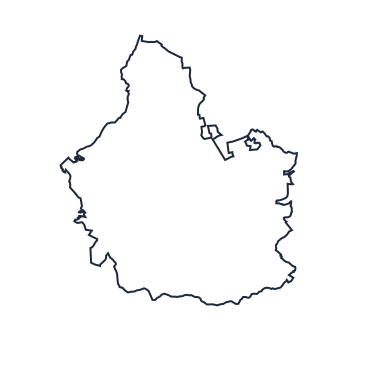 Sanpaul, Cluj, Romania, rotated 297°
{"feature_id": "2599482B48452266583717", "entity_name": "Sanpaul", "entity_type": "district", "adm_level": 2, "iso_a3": "ROU", "parent_name": "Romania", "parent_adm1": "Cluj", "projection": "mercator", "projection_center": [23.418, 46.899], "detail": "fine", "context": "isolated", "style": "outline", "palette": "slate", "viewbox_px": 384, "rotation_deg": 297, "n_neighbors": 0, "source": "geoboundaries", "source_scale": "gbopen_adm2", "svg_char_len": 5960}
<svg xmlns="http://www.w3.org/2000/svg" viewBox="0 0 384 384"><g transform="rotate(297 192 192)"><path d="M228.7,284.4L225.8,283.5L223.1,280.9L221.8,279.0L222.2,277.8L221.6,276.9L221.4,274.8L220.2,272.3L222.1,271.8L222.1,271.4L222.8,271.5L223.4,272.0L224.0,273.4L226.5,276.0L229.5,278.4L231.6,278.9L234.7,277.9L242.7,273.5L243.9,276.9L244.8,278.3L246.2,275.4L249.1,273.4L249.6,272.9L249.7,271.6L250.6,270.7L251.1,270.7L251.9,271.6L254.3,272.2L256.4,273.5L256.8,272.9L251.1,268.7L249.4,266.1L252.3,264.6L252.7,264.9L252.8,266.3L254.1,268.2L257.0,269.9L264.1,271.3L265.1,271.1L266.4,270.1L273.0,268.5L273.4,267.9L274.2,267.7L272.4,265.4L271.8,259.7L269.9,258.6L269.6,258.2L269.5,256.0L269.7,255.0L270.6,253.7L271.5,250.3L271.5,248.7L270.8,247.8L270.9,247.0L271.2,246.6L270.5,245.3L269.6,244.5L269.8,243.3L271.4,241.4L273.4,240.0L273.3,238.4L275.3,236.6L276.0,235.3L276.2,234.7L275.6,233.9L275.6,233.1L277.3,229.7L278.0,227.5L276.4,226.2L276.9,221.8L275.1,221.6L275.2,220.8L274.7,220.7L275.3,217.6L274.4,216.6L272.6,216.5L272.3,216.8L267.7,216.2L266.3,217.9L264.4,221.5L268.1,222.7L267.4,224.4L267.1,224.1L264.0,225.5L264.4,227.0L265.7,227.8L265.8,229.4L266.3,229.7L266.1,230.2L264.6,231.8L259.6,230.8L255.7,224.6L259.5,223.4L258.2,219.7L259.6,218.5L261.0,216.4L263.5,217.7L264.4,218.7L265.9,216.9L267.3,215.9L262.7,212.4L255.6,205.6L252.0,201.1L243.4,207.0L245.8,209.8L243.7,211.3L242.5,212.7L241.1,210.9L235.6,207.0L248.3,186.4L250.7,188.3L252.2,188.8L255.3,191.2L256.2,192.4L257.3,187.6L260.1,185.8L262.0,182.8L258.1,176.2L252.4,180.9L252.7,182.6L249.1,184.7L248.6,183.7L244.9,179.0L244.9,178.0L246.8,174.5L249.9,173.8L254.4,170.8L256.4,173.4L257.4,173.7L263.2,168.6L261.0,165.9L262.3,164.7L264.2,163.6L263.7,162.1L269.7,159.3L273.2,158.7L275.6,159.2L278.2,160.3L280.2,160.5L281.5,159.5L284.1,159.9L285.4,153.1L285.7,152.6L285.2,149.8L285.2,146.8L286.2,144.1L287.4,143.2L289.5,140.7L291.0,140.0L294.3,137.3L299.6,135.2L301.8,133.6L299.9,130.0L298.1,127.7L299.0,126.7L302.1,125.2L303.9,123.4L307.0,121.9L306.7,119.5L306.6,107.4L307.8,102.1L307.8,100.6L308.5,98.3L309.7,98.1L310.1,94.2L310.6,92.4L308.5,90.5L307.3,87.6L305.8,85.2L303.8,78.6L308.3,76.9L307.7,74.7L302.1,75.3L298.5,76.1L295.9,76.1L294.0,76.7L290.4,75.9L287.2,76.4L286.2,75.1L281.1,75.7L278.6,75.0L274.5,76.3L271.5,74.4L269.6,73.5L268.3,73.4L266.4,74.6L265.0,76.2L262.8,77.0L260.7,78.2L261.4,79.8L260.7,81.9L259.9,83.0L258.9,83.9L259.2,85.6L258.7,87.0L257.5,87.5L254.8,87.0L252.5,87.3L252.3,87.8L253.2,89.6L251.8,89.9L250.8,91.2L246.9,91.6L246.0,92.4L245.4,92.4L242.9,94.5L233.2,96.4L229.4,94.7L225.6,94.4L225.6,94.0L224.3,93.2L219.0,91.8L216.9,87.9L215.9,87.3L215.1,86.0L214.2,85.3L209.0,84.3L204.5,84.1L199.4,84.4L197.1,83.1L191.9,82.4L187.9,80.9L186.3,79.7L184.7,77.8L181.0,75.2L179.2,73.2L175.8,71.6L174.0,72.1L172.9,73.5L173.1,75.9L172.7,77.1L173.0,78.4L172.8,80.4L172.2,80.8L170.8,80.4L170.4,79.7L171.4,79.5L171.3,78.5L170.8,77.9L169.8,78.0L169.4,77.2L169.3,75.9L170.4,76.0L170.1,75.3L170.2,74.7L170.6,74.7L170.3,74.3L170.8,74.3L170.2,73.7L170.3,73.2L170.8,73.0L170.7,72.7L170.1,72.2L168.9,72.5L169.0,73.3L169.8,73.8L169.8,74.1L169.1,73.8L168.4,74.3L168.1,74.1L168.0,74.4L167.5,74.6L167.6,75.0L167.3,75.4L166.7,74.9L166.8,75.8L165.6,73.8L165.4,73.9L164.6,73.0L164.9,72.7L164.7,72.4L165.7,68.0L166.5,66.3L156.3,62.8L155.1,63.6L155.0,64.5L154.4,64.5L153.9,64.9L153.8,65.6L153.2,66.3L153.4,66.7L152.3,67.0L152.4,67.6L151.6,68.6L151.8,70.0L152.2,69.6L154.5,69.4L153.8,70.6L153.6,72.1L151.7,75.9L150.8,76.6L148.1,77.5L145.7,77.7L144.8,79.3L144.1,79.4L143.0,80.4L140.7,81.2L137.7,88.9L137.3,89.3L137.4,89.6L135.7,93.1L135.8,95.3L135.5,95.8L129.4,100.4L127.1,100.3L126.0,101.8L126.2,103.2L125.5,102.9L124.2,101.1L123.0,100.3L122.6,100.4L122.9,101.7L125.7,105.2L125.1,106.3L124.0,105.7L122.6,105.9L121.3,108.2L120.0,103.3L119.3,102.3L118.6,102.7L118.7,103.9L117.3,103.1L117.9,102.6L117.3,101.9L116.3,103.0L114.9,101.7L114.2,100.4L112.6,100.4L112.3,103.3L112.7,104.5L114.7,107.0L115.1,108.2L113.8,111.0L110.1,114.5L112.1,120.3L106.9,119.6L107.0,128.9L105.9,129.4L103.2,128.7L99.4,128.6L97.2,128.0L96.0,126.9L83.2,134.2L83.3,138.6L84.2,142.2L84.3,143.6L85.8,143.2L92.0,145.5L93.8,145.5L96.4,144.4L99.3,145.0L96.4,148.9L95.7,152.5L94.8,154.1L94.5,155.4L93.8,156.5L92.8,157.0L90.3,156.4L88.2,158.7L87.2,160.3L84.0,163.3L83.0,163.6L77.7,167.0L76.2,168.3L75.4,170.0L74.4,170.7L75.1,173.7L74.0,176.5L73.4,179.8L73.6,180.5L74.3,181.8L75.6,183.0L76.8,185.5L79.2,187.4L81.0,189.8L83.2,192.0L84.1,192.6L84.6,193.6L84.6,195.6L84.1,198.4L78.0,205.7L78.6,207.5L79.8,208.5L81.7,209.0L84.5,210.9L86.7,211.6L88.4,213.0L88.9,213.8L89.5,218.4L89.3,220.5L89.7,221.8L91.4,225.1L91.7,226.4L93.8,229.0L94.8,230.8L96.7,232.2L97.9,233.8L98.9,237.0L99.8,238.2L99.8,242.6L100.9,244.6L101.2,246.3L100.8,247.9L99.6,249.1L99.1,250.1L99.2,252.4L98.6,256.5L101.2,261.1L102.6,266.2L103.5,266.8L104.2,267.8L105.0,268.5L106.5,270.7L109.6,272.7L111.1,274.8L112.2,275.8L112.6,277.2L112.3,278.8L112.4,280.4L112.1,281.2L112.2,282.1L113.5,284.1L117.7,284.1L119.0,284.8L121.7,285.3L122.7,287.3L123.2,289.9L124.0,290.9L125.1,291.4L128.1,291.6L129.5,293.2L130.4,295.7L131.1,296.5L133.5,297.1L135.2,299.0L136.7,299.0L139.3,300.4L140.7,302.1L141.6,304.6L141.6,306.7L142.8,307.7L143.1,309.8L147.1,314.3L149.8,315.0L152.5,315.2L155.6,316.4L156.7,316.3L156.4,317.3L155.8,317.6L155.1,318.9L157.9,320.9L161.6,321.2L162.0,316.1L165.9,317.7L167.0,318.9L167.7,318.2L168.9,319.4L170.8,318.9L172.1,317.9L171.8,316.4L171.9,314.5L173.1,310.4L172.6,308.2L172.6,305.9L173.6,302.6L173.7,301.3L175.3,301.3L175.5,300.8L175.4,299.7L176.7,299.7L178.1,294.2L178.2,293.0L180.1,292.7L182.2,291.1L183.3,290.9L184.7,291.4L187.1,291.0L191.3,292.8L193.9,294.8L197.1,296.0L200.9,296.5L203.4,298.3L207.4,289.3L208.5,289.6L208.8,287.9L209.6,286.2L210.4,285.6L211.3,285.9L212.9,288.7L214.1,289.8L215.0,290.4L216.6,290.4L218.8,289.8L219.5,290.1L222.6,288.3L224.0,287.1L224.1,286.4L224.4,286.2L228.6,284.8L228.7,284.4Z" fill="none" stroke="#1e293b" stroke-width="2"/></g></svg>